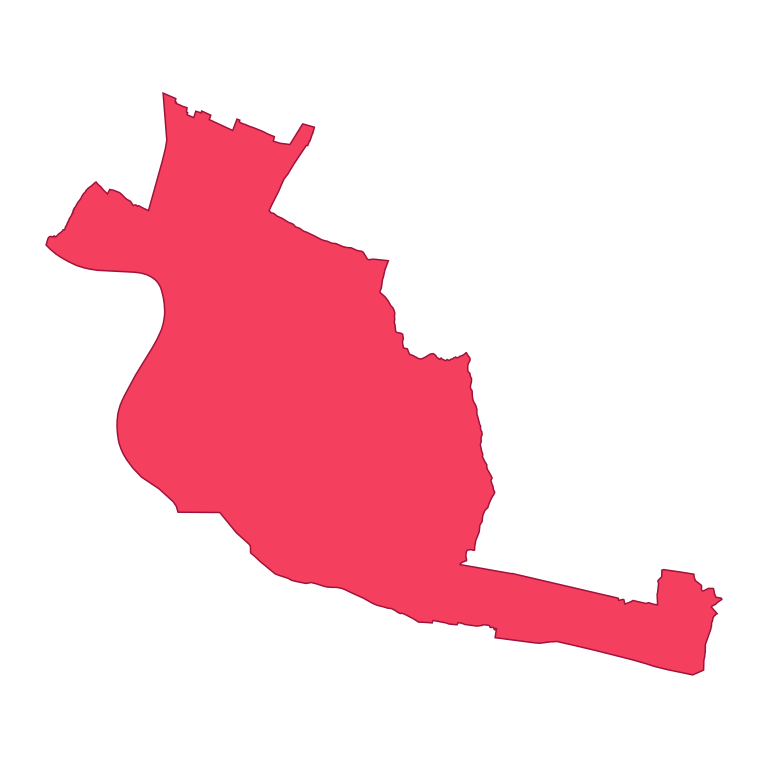 Mueang Samut Prakan, Samut Prakan, Thailand (Natural Earth projection)
{"feature_id": "78962969B45511956766283", "entity_name": "Mueang Samut Prakan", "entity_type": "district", "adm_level": 2, "iso_a3": "THA", "parent_name": "Thailand", "parent_adm1": "Samut Prakan", "projection": "natural_earth1", "projection_center": [100.67, 13.577], "detail": "fine", "context": "isolated", "style": "filled", "palette": "rose", "viewbox_px": 768, "rotation_deg": 0, "n_neighbors": 0, "source": "geoboundaries", "source_scale": "gbopen_adm2", "svg_char_len": 6074}
<svg xmlns="http://www.w3.org/2000/svg" viewBox="0 0 768 768"><path d="M661.9,570.1L661.7,576.8L658.5,580.0L657.8,581.0L658.6,583.5L657.6,592.3L657.1,594.5L657.6,604.8L653.3,604.2L648.7,602.7L646.2,603.4L645.2,603.3L633.1,600.5L632.5,600.6L631.1,601.7L624.9,604.0L623.8,599.6L623.1,599.4L618.7,600.4L618.5,599.9L618.4,598.4L617.9,598.1L512.3,573.5L511.2,573.6L460.2,564.6L460.5,563.5L462.0,562.5L463.3,561.8L464.1,561.7L464.7,561.0L465.8,561.0L466.5,560.8L466.6,559.6L465.9,556.4L465.9,555.4L466.3,551.9L467.1,550.5L468.0,550.0L469.6,549.7L471.4,549.7L473.5,550.3L474.2,550.3L474.6,550.0L474.7,546.9L475.7,540.7L479.2,531.9L479.9,525.2L482.3,521.0L482.4,518.3L483.0,514.9L485.0,510.3L487.8,507.6L489.1,503.5L491.4,498.3L494.3,493.5L494.7,492.3L494.4,491.3L493.4,489.6L493.0,486.4L492.3,484.9L491.0,481.0L491.0,480.0L492.0,478.4L492.0,477.6L488.3,470.8L487.4,469.5L486.8,467.2L486.8,464.8L484.6,461.2L482.4,456.5L482.8,454.5L481.7,451.3L480.3,444.7L480.6,443.3L481.3,441.7L481.0,437.7L482.2,434.3L481.9,433.3L481.9,431.9L480.7,429.9L480.5,427.8L480.6,425.8L479.8,424.7L477.7,416.5L476.8,413.8L477.0,412.4L476.7,411.2L477.0,409.9L476.1,406.5L475.6,405.1L473.8,402.2L472.9,399.4L472.4,396.4L472.1,391.1L471.7,390.0L470.7,388.7L470.4,387.8L470.5,385.6L471.4,381.9L471.6,378.9L470.3,376.0L470.0,373.7L469.4,372.7L468.1,371.6L467.9,371.1L467.7,366.1L468.3,363.6L469.9,360.7L470.1,359.5L470.0,358.5L469.4,357.3L468.0,355.6L466.4,352.7L466.1,352.7L464.0,354.5L461.7,355.8L459.9,356.3L457.7,357.8L456.9,357.7L455.6,357.0L454.7,357.7L453.8,357.8L452.7,359.0L450.9,359.2L449.4,360.4L449.0,360.4L447.2,359.5L445.8,360.7L442.6,359.4L441.1,358.1L440.6,358.2L439.8,359.3L439.4,359.3L438.5,358.4L437.0,357.7L436.1,356.0L435.1,355.1L434.7,354.5L433.0,353.6L430.2,354.1L425.7,356.9L422.1,358.7L420.8,359.0L417.6,358.3L416.3,357.2L414.9,356.7L413.3,355.6L410.0,354.5L408.8,352.7L407.4,348.9L403.5,347.9L402.6,343.4L402.6,341.1L403.4,338.7L402.6,334.3L401.9,333.7L400.4,333.1L396.7,332.4L396.2,332.0L395.7,331.3L395.0,325.1L394.3,322.2L394.7,319.4L394.5,316.4L394.8,313.2L394.3,311.0L393.4,308.9L392.8,307.7L390.8,305.7L388.2,301.0L387.1,299.4L384.8,296.6L380.8,293.1L380.0,292.0L380.1,290.9L381.3,288.2L382.5,279.7L383.6,276.0L384.9,270.0L388.4,260.7L373.9,259.2L372.2,259.2L369.7,259.7L368.2,259.5L367.4,259.0L366.8,258.2L363.5,252.6L362.1,251.4L357.1,250.5L351.2,247.8L346.7,247.5L342.6,246.5L336.0,243.6L331.5,243.1L327.2,241.2L324.3,240.6L321.4,239.6L314.4,235.9L306.4,232.1L303.7,231.2L299.8,228.4L295.8,226.9L295.1,226.4L293.8,224.8L292.5,223.8L288.6,222.4L282.3,218.4L277.1,216.1L273.8,213.4L271.1,212.8L269.1,210.6L272.4,203.6L278.9,190.8L281.3,185.0L284.1,178.9L287.9,174.0L293.7,164.3L306.2,145.6L307.7,145.6L309.6,140.9L309.8,141.0L310.5,139.4L312.6,133.1L312.8,133.2L314.4,127.2L302.7,123.9L289.9,144.5L280.3,143.3L273.3,141.2L274.4,136.7L267.6,133.9L263.2,131.6L253.3,127.6L249.6,126.4L245.8,124.7L242.7,123.7L239.2,122.0L239.8,120.2L237.0,119.1L232.7,130.5L209.3,119.6L210.8,115.2L201.7,111.0L201.1,112.9L195.8,111.2L193.8,117.6L189.5,115.8L187.0,114.7L187.7,112.6L186.6,112.1L186.4,111.7L187.0,108.5L187.0,107.7L182.0,106.1L179.3,104.7L176.1,103.5L176.4,102.3L175.2,101.9L175.8,98.6L163.1,93.1L166.8,140.3L165.3,148.9L162.2,161.5L148.5,210.5L144.1,208.6L138.7,205.7L137.3,206.2L136.1,205.0L135.2,204.9L133.2,205.5L130.5,201.3L126.8,199.3L125.2,198.0L122.3,195.0L119.7,192.7L119.0,192.4L113.4,190.2L109.7,189.5L107.5,193.9L103.5,190.1L101.0,187.0L98.0,184.4L96.1,182.0L95.3,182.4L91.4,185.9L88.6,187.9L85.9,190.6L85.8,191.4L83.4,193.9L81.4,197.1L81.2,198.1L78.1,202.1L76.8,204.1L75.8,206.2L74.9,207.6L74.3,208.0L74.1,209.0L73.6,209.3L73.6,210.1L72.9,211.1L73.3,212.1L72.7,212.6L72.7,213.2L72.1,213.5L72.0,214.3L71.4,215.5L69.4,218.6L68.4,221.2L67.5,222.7L66.5,225.5L65.9,226.0L65.2,227.7L65.1,228.7L64.5,229.9L64.2,230.0L63.4,229.7L62.9,229.9L62.2,231.3L58.5,234.1L57.2,235.6L55.6,236.9L54.3,235.9L53.9,236.0L53.2,237.0L51.4,236.5L50.1,236.5L49.1,237.0L48.0,238.4L46.1,245.0L50.1,249.1L55.9,254.0L60.4,257.0L68.4,261.6L76.4,265.4L84.6,268.0L89.8,269.1L97.6,270.3L134.4,272.2L140.7,273.0L146.8,274.7L151.1,276.8L155.0,279.6L156.8,281.4L158.4,283.5L160.4,287.0L161.7,290.8L163.3,297.6L164.2,303.2L164.7,310.5L164.6,314.9L164.0,319.3L163.2,323.7L162.0,327.9L161.0,330.7L156.7,340.0L152.1,348.1L135.4,375.3L124.3,396.0L121.8,401.3L120.2,405.2L118.7,410.4L117.8,414.3L117.1,421.1L117.0,426.6L117.5,433.8L118.3,439.5L119.2,443.7L121.0,448.9L123.2,453.8L126.6,459.6L133.1,468.3L141.5,477.1L159.0,488.8L173.3,501.8L176.3,506.3L178.0,512.2L219.8,512.5L236.5,532.9L249.1,544.2L250.2,545.8L250.5,547.0L250.5,551.6L250.6,552.6L251.0,553.3L254.4,556.0L260.4,561.7L275.2,573.9L279.4,575.5L288.1,578.3L291.6,580.3L295.4,581.3L305.1,583.3L306.6,583.4L310.6,582.6L311.5,582.6L316.3,583.8L324.4,586.4L327.2,587.0L332.5,587.4L336.5,587.4L341.2,588.2L344.7,589.5L352.8,593.4L363.5,598.2L372.2,603.1L375.5,604.6L378.3,605.6L384.0,607.0L387.4,608.1L391.1,608.5L394.0,609.8L398.8,612.9L400.3,613.5L402.0,613.3L404.6,614.2L413.1,618.6L418.8,622.2L422.3,622.2L432.2,622.9L432.8,620.9L433.4,620.5L446.4,623.0L448.8,624.0L454.6,624.6L457.2,624.7L457.9,622.7L461.7,623.2L465.0,624.5L476.9,626.1L482.3,625.4L482.4,625.0L483.5,624.7L489.1,625.4L489.4,625.6L490.1,627.3L491.0,627.6L492.5,627.2L493.4,627.5L494.3,629.6L495.3,629.8L495.5,628.4L496.5,628.6L495.1,637.7L535.9,643.0L540.1,643.2L549.9,641.9L557.2,641.5L593.2,649.9L631.7,659.6L644.7,663.3L655.0,666.6L668.0,669.8L692.7,674.9L703.6,670.1L703.9,659.9L704.7,656.8L705.0,653.4L705.4,651.2L705.2,650.4L705.4,648.2L705.3,644.7L710.7,629.5L711.1,627.3L711.5,626.2L711.6,622.7L712.6,620.8L712.7,618.8L713.9,616.2L714.9,615.5L715.8,614.4L717.2,613.7L711.5,607.2L711.4,606.8L712.6,605.7L715.3,604.5L718.1,601.9L721.8,599.5L721.9,599.1L720.8,597.9L719.2,598.0L718.2,597.4L716.5,597.5L715.9,597.1L714.6,593.9L713.6,588.9L713.2,588.4L708.4,588.4L703.7,590.8L702.9,591.0L702.1,590.7L701.3,589.3L701.6,586.9L701.5,585.7L700.9,584.9L695.4,580.6L694.2,577.3L693.9,574.2L681.1,572.1L663.6,569.6L661.9,570.1Z" fill="#f43f5e" stroke="#9f1239" stroke-width="1.5"/></svg>